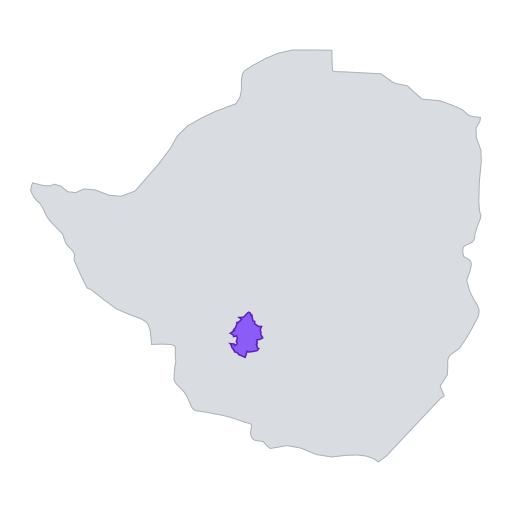 location of Umzingwane, Matabeleland South, Zimbabwe
{"feature_id": "62879985B43566873745809", "entity_name": "Umzingwane", "entity_type": "district", "adm_level": 2, "iso_a3": "ZWE", "parent_name": "Zimbabwe", "parent_adm1": "Matabeleland South", "projection": "albers", "projection_center": [28.89, -20.328], "detail": "fine", "context": "in_parent", "style": "filled", "palette": "violet", "viewbox_px": 512, "rotation_deg": 0, "n_neighbors": 0, "source": "geoboundaries", "source_scale": "gbopen_adm2", "svg_char_len": 4224}
<svg xmlns="http://www.w3.org/2000/svg" viewBox="0 0 512 512"><path d="M378.4,462.0L373.4,458.5L366.4,456.1L357.6,455.0L346.0,455.3L331.8,457.0L316.6,454.6L300.4,448.0L287.0,445.6L270.8,448.4L270.1,448.4L267.3,446.2L262.9,441.4L255.6,440.6L253.6,439.5L251.9,437.7L250.9,435.4L250.4,432.9L251.7,425.1L251.0,424.2L249.0,423.3L245.0,422.3L235.3,418.8L223.1,415.4L203.2,411.7L195.5,410.7L193.7,409.6L191.4,406.7L187.6,397.7L184.0,391.8L175.3,382.7L174.0,379.9L174.3,372.6L174.9,366.7L175.8,361.7L175.4,357.0L175.2,351.2L175.4,347.3L174.3,345.7L171.1,344.5L162.2,344.1L151.5,344.4L151.1,338.5L150.0,329.4L147.9,324.1L145.4,321.4L140.5,318.6L130.4,314.9L116.7,309.1L104.9,300.5L91.3,289.8L87.1,288.0L82.0,277.8L74.1,260.4L74.5,254.5L73.3,251.7L65.8,243.2L64.1,238.7L62.7,234.2L50.8,221.9L46.6,216.4L43.5,209.4L40.3,203.8L37.7,201.6L34.3,197.8L31.9,193.5L30.7,190.2L31.5,185.8L32.6,182.8L43.8,185.7L50.0,185.8L54.7,184.2L60.7,186.1L67.8,191.7L75.5,192.7L83.8,189.0L95.1,189.9L109.3,195.3L121.0,196.3L134.9,191.1L147.3,177.0L158.9,163.7L170.3,148.4L177.2,136.1L187.4,126.0L200.9,118.3L214.7,111.7L235.8,103.7L235.8,103.8L240.0,97.2L241.4,90.0L241.4,80.1L242.5,73.6L244.7,70.7L248.2,68.4L252.8,65.4L266.7,57.9L278.5,53.1L292.7,50.0L308.3,50.0L323.4,50.1L331.9,50.2L332.0,59.7L332.5,70.5L334.2,71.6L345.5,71.9L363.6,72.9L381.0,73.8L392.1,81.8L395.8,83.5L407.3,85.8L421.9,99.1L439.6,100.7L451.7,105.0L462.4,109.7L468.5,115.2L472.4,116.5L477.8,117.1L480.5,117.6L479.8,121.5L476.0,127.9L476.3,137.3L480.9,150.4L481.3,161.7L479.3,181.7L478.8,201.0L479.2,207.9L479.9,212.5L480.9,215.0L480.6,217.9L477.5,225.9L474.9,234.4L474.7,237.8L473.8,240.2L472.0,242.3L464.3,246.0L462.9,248.4L462.8,252.8L463.7,256.6L466.5,258.0L469.9,260.2L471.2,263.0L471.2,265.9L469.9,271.3L466.7,280.2L469.5,290.6L472.7,297.4L477.3,305.2L479.1,310.0L478.9,313.5L478.1,316.8L470.7,330.8L465.5,339.4L459.1,348.7L450.8,354.4L448.6,357.2L447.7,360.4L447.8,367.5L447.3,374.9L440.1,386.1L444.2,395.9L443.2,396.8L440.8,398.2L430.6,408.9L420.3,419.9L412.7,427.9L404.2,437.0L394.6,447.2L386.5,455.9L378.4,462.0Z" fill="#d9dde1" stroke="#a8b0b8" stroke-width="1"/><path d="M258.6,348.7L258.4,348.7L258.1,348.4L257.9,348.0L257.8,347.9L257.6,347.6L257.4,347.3L257.1,346.9L256.9,346.9L256.8,346.6L257.0,346.3L257.0,346.1L257.0,345.8L256.9,345.8L256.9,345.7L256.8,345.3L256.8,345.2L256.8,344.9L256.8,344.7L256.7,344.6L256.7,344.4L256.8,344.4L256.9,344.2L256.8,343.9L256.7,343.9L256.8,343.8L256.8,343.7L256.9,343.4L256.9,343.2L256.9,342.9L257.0,342.8L257.2,342.7L257.3,342.7L257.2,342.3L257.1,342.0L256.9,341.6L256.9,340.9L257.0,340.8L257.0,340.6L256.8,340.5L256.7,340.6L256.6,340.2L256.6,339.8L259.7,339.5L262.8,337.8L262.4,337.1L261.7,336.0L260.9,334.7L260.7,334.3L261.0,332.3L260.3,331.0L260.5,330.1L260.4,330.0L260.7,328.5L261.6,326.5L258.6,326.4L254.7,323.8L254.7,321.4L254.4,321.3L252.9,320.9L252.4,317.8L251.9,315.0L250.8,315.2L250.7,314.7L250.5,313.2L249.6,312.7L248.7,312.2L247.4,313.1L243.6,317.2L239.1,317.5L241.6,319.4L237.8,322.8L237.8,322.6L237.7,322.2L237.0,322.4L236.7,322.9L236.8,323.0L236.7,323.2L236.3,323.3L237.1,323.5L236.2,325.7L235.5,327.9L235.3,328.0L235.1,328.1L234.9,328.2L233.5,329.9L233.3,330.2L233.8,330.8L233.7,330.9L233.8,330.9L230.7,333.0L230.8,333.0L230.7,333.1L231.2,333.8L232.0,334.2L233.2,335.0L233.5,336.6L234.9,336.3L235.4,336.1L235.8,336.1L236.2,336.0L236.5,335.8L237.1,337.3L237.3,338.2L236.9,339.7L236.5,341.0L236.3,341.8L237.2,342.8L237.0,343.7L236.6,344.5L235.3,345.1L234.5,345.6L234.5,345.3L234.4,344.1L233.1,343.9L230.1,343.6L230.5,344.0L230.8,344.3L230.9,344.5L231.0,344.6L231.0,344.8L231.3,344.9L231.3,345.0L231.2,345.1L231.3,345.2L231.3,345.3L231.3,345.5L231.4,345.8L231.4,346.0L231.5,346.3L231.6,346.5L231.8,347.1L231.9,347.3L232.0,347.5L232.0,347.8L232.4,348.1L232.5,348.1L232.6,348.3L232.6,348.5L232.9,348.8L233.0,348.9L233.1,349.0L233.3,349.2L233.3,349.3L233.5,349.4L233.5,349.5L233.9,350.0L233.9,350.3L234.0,350.3L234.2,350.5L234.3,350.7L234.3,350.8L234.5,351.0L234.6,351.3L234.7,351.5L234.6,351.8L237.3,352.7L239.1,354.9L239.6,354.9L242.7,356.3L244.3,357.0L245.2,357.4L247.1,351.2L248.2,352.0L249.5,351.9L250.1,351.8L252.3,351.6L257.2,350.6L258.6,348.7L258.6,348.7Z" fill="#8b5cf6" stroke="#5b21b6" stroke-width="1.5"/></svg>